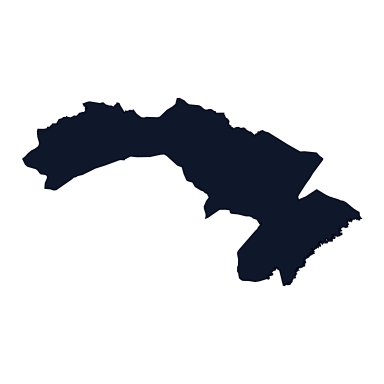 the district of Khong, Nakhon Ratchasima, Thailand
{"feature_id": "78962969B53698738904765", "entity_name": "Khong", "entity_type": "district", "adm_level": 2, "iso_a3": "THA", "parent_name": "Thailand", "parent_adm1": "Nakhon Ratchasima", "projection": "orthographic", "projection_center": [102.346, 15.409], "detail": "fine", "context": "isolated", "style": "filled", "palette": "ink", "viewbox_px": 384, "rotation_deg": 0, "n_neighbors": 0, "source": "geoboundaries", "source_scale": "gbopen_adm2", "svg_char_len": 6052}
<svg xmlns="http://www.w3.org/2000/svg" viewBox="0 0 384 384"><path d="M38.1,129.5L37.6,131.7L38.1,136.9L39.8,142.9L39.3,145.6L38.1,147.2L34.9,149.5L31.7,151.0L28.3,153.9L25.5,157.0L23.0,158.9L25.5,164.1L27.7,166.1L36.1,168.5L38.0,170.0L40.1,172.9L41.1,173.7L45.2,174.2L46.4,174.7L47.5,175.8L47.8,177.0L47.5,178.6L45.5,183.2L45.1,188.1L50.2,188.6L54.2,189.8L56.2,189.4L71.6,178.7L73.6,176.9L75.5,176.6L77.4,175.4L82.2,174.3L95.4,167.8L104.7,164.9L118.7,159.7L120.1,159.3L124.1,159.6L124.6,158.8L130.3,155.8L137.4,156.5L149.8,156.3L160.2,154.1L164.1,153.7L167.0,155.3L177.8,165.1L182.3,166.6L184.3,173.8L187.1,180.1L188.9,180.9L192.7,181.8L195.4,186.4L201.1,189.9L203.5,190.7L205.5,192.7L207.1,193.1L207.7,193.9L209.4,197.3L209.3,197.9L206.8,201.2L204.5,206.6L204.6,208.4L206.3,214.0L206.3,216.2L205.9,217.9L207.6,217.2L219.4,209.1L225.1,209.0L230.0,209.5L230.7,212.5L231.4,213.0L238.3,213.7L245.9,215.6L249.8,215.7L251.6,216.6L252.3,216.5L253.2,217.8L257.2,219.2L259.9,223.6L260.9,223.2L260.7,223.8L261.1,224.6L258.4,227.8L257.9,229.2L255.5,231.5L239.3,250.2L237.9,252.4L237.8,253.6L238.9,259.6L238.6,265.9L237.9,267.0L237.8,271.2L238.9,273.0L239.6,277.7L240.6,278.8L242.7,280.1L249.0,280.3L255.1,281.3L259.4,280.6L266.5,278.4L267.0,278.0L268.2,278.9L268.7,278.8L269.1,278.2L268.5,275.2L270.7,275.3L272.5,274.6L272.5,273.9L271.3,273.2L271.5,272.1L273.3,270.2L274.9,270.0L275.4,268.9L275.0,267.8L276.8,267.3L277.2,267.6L277.1,268.4L279.9,270.1L283.5,285.1L284.5,285.4L285.7,284.3L285.7,283.9L286.6,284.2L287.1,283.4L288.2,283.5L288.0,284.4L289.8,284.2L290.4,283.5L289.7,282.8L290.2,282.6L290.3,281.9L291.4,282.2L291.9,281.4L292.1,279.8L292.7,279.1L292.7,278.4L293.8,277.7L295.0,277.8L295.3,277.3L294.8,276.7L294.8,275.1L295.4,275.1L295.6,274.3L296.3,273.9L295.8,273.4L295.9,272.8L295.5,272.4L295.4,271.1L296.2,271.4L296.9,271.0L296.3,270.5L297.0,270.0L298.3,270.0L297.7,269.3L298.0,268.7L297.1,269.2L296.7,268.6L297.4,268.4L297.5,267.8L298.1,267.5L298.8,267.4L298.9,268.0L299.1,267.4L299.8,267.6L300.0,267.0L301.2,267.2L301.9,267.0L302.7,266.4L302.7,265.7L303.3,265.8L303.7,265.4L304.0,265.9L304.4,265.8L304.5,264.8L303.8,264.6L303.5,263.8L304.1,263.1L304.6,263.2L304.6,262.2L305.2,262.3L305.1,261.4L304.1,261.7L304.3,260.9L304.9,261.1L304.1,259.7L304.5,259.5L304.4,258.3L304.8,258.2L305.4,258.8L306.0,258.1L307.5,257.5L306.9,256.5L307.4,256.3L308.0,256.7L308.0,256.1L308.7,256.3L308.6,255.7L309.2,255.8L309.5,255.3L310.3,255.0L309.6,254.4L310.1,253.9L310.5,254.4L310.0,253.4L310.3,253.1L310.6,253.0L310.7,253.5L311.2,253.4L310.9,254.0L311.2,254.3L312.2,254.0L312.3,253.5L311.9,253.3L312.5,252.8L313.0,253.5L313.8,253.3L313.0,252.1L313.9,251.7L313.2,251.0L313.4,249.9L312.6,249.6L312.5,250.3L312.1,250.1L311.8,248.7L314.4,249.3L315.6,248.0L316.1,248.1L316.9,246.8L318.0,247.2L317.9,246.6L318.6,245.5L320.2,246.0L320.3,245.4L319.8,244.4L318.8,244.4L319.7,243.4L318.7,243.3L318.7,242.6L319.0,242.2L320.0,242.7L320.4,242.3L320.7,241.4L321.5,241.7L321.0,242.5L321.9,242.8L322.3,243.9L324.2,241.5L324.9,242.1L325.3,241.9L325.3,242.7L326.2,242.1L326.4,242.7L327.0,242.7L327.9,241.2L326.5,241.5L325.3,239.7L326.3,238.0L326.8,238.1L327.9,239.9L329.1,239.9L328.8,240.8L332.0,241.0L332.2,240.4L331.1,239.0L332.5,238.8L332.8,238.1L331.9,237.9L331.9,237.0L332.8,236.9L333.4,238.0L334.1,238.3L334.6,238.2L334.8,237.2L333.8,237.0L333.7,235.8L332.8,236.2L332.5,234.7L334.6,234.6L335.6,235.6L336.9,235.4L337.3,236.1L339.6,235.5L340.0,234.1L340.9,234.7L341.7,234.3L341.6,233.4L340.3,233.3L339.1,232.2L339.3,230.9L340.8,231.0L341.3,230.5L340.1,229.9L340.4,228.9L339.6,228.7L339.5,228.2L340.9,227.8L343.0,226.5L344.7,226.8L345.6,227.3L347.5,226.7L347.0,225.3L348.2,224.4L347.5,223.2L347.2,220.6L347.5,220.0L348.7,219.8L349.2,221.2L350.3,220.7L351.2,221.4L351.7,220.7L350.4,219.7L350.6,218.9L352.2,219.4L353.5,218.8L354.5,219.0L355.0,218.5L356.4,218.4L356.9,219.2L357.2,218.7L357.9,218.8L358.0,218.1L358.5,219.5L359.1,219.8L359.6,218.7L361.0,218.4L360.7,218.1L360.0,218.2L360.1,217.2L359.2,216.2L358.9,212.5L353.5,209.3L345.5,202.7L343.0,201.5L340.1,201.0L338.2,200.0L329.4,197.2L325.6,195.4L316.7,190.0L306.2,197.0L300.4,199.4L299.5,200.1L298.9,200.2L298.2,199.4L297.4,196.9L298.4,194.5L305.1,184.0L309.4,178.1L312.5,172.9L322.4,159.6L322.5,158.7L319.3,156.4L316.3,153.2L304.6,152.0L300.0,152.2L287.2,144.9L267.9,132.9L266.1,132.6L263.3,131.4L262.7,130.8L261.9,131.5L261.4,131.1L260.8,131.3L259.5,132.7L258.9,132.0L258.1,132.2L258.0,134.1L256.4,134.0L254.3,135.8L251.4,132.9L250.8,132.5L250.4,132.8L250.2,132.4L250.0,132.6L247.4,131.0L246.1,130.7L245.6,129.4L244.9,129.5L244.6,128.6L243.9,128.2L243.5,128.8L242.2,128.3L241.2,129.0L238.7,127.7L236.5,127.7L232.8,129.4L232.5,128.0L231.7,128.3L231.5,127.8L230.8,127.7L230.7,126.2L229.4,125.6L228.5,124.4L228.2,122.7L228.7,122.1L228.7,121.2L227.4,119.3L225.8,118.5L225.1,117.7L224.2,115.2L223.5,114.9L223.6,113.4L216.6,113.5L215.6,113.2L215.2,111.9L213.8,111.6L211.7,110.0L210.5,109.7L208.4,109.9L206.9,110.6L206.6,110.2L205.1,110.4L203.0,109.0L200.7,106.9L198.9,106.0L188.8,105.0L186.1,103.2L184.2,101.1L179.3,98.6L177.4,98.8L176.0,104.4L172.5,107.3L167.4,110.3L160.3,117.2L157.6,118.0L146.4,117.6L144.0,118.3L141.1,117.9L136.4,114.5L133.2,110.3L132.6,111.2L131.6,110.8L130.2,111.0L130.0,110.5L127.6,111.6L125.6,111.3L125.5,112.1L124.6,112.5L124.6,113.1L123.9,113.2L123.3,111.4L119.6,105.4L119.1,103.9L117.8,103.2L117.1,103.2L116.8,104.4L115.4,105.2L115.4,105.9L115.0,106.0L115.2,106.7L113.7,107.2L111.3,106.5L111.0,106.1L109.7,106.4L105.5,105.1L103.0,103.0L100.0,103.8L89.6,102.1L87.9,102.4L83.4,104.0L84.4,106.0L84.7,106.0L85.0,105.3L85.8,106.8L87.0,107.1L87.4,107.8L87.1,108.4L85.6,108.1L85.5,108.8L86.1,110.3L85.3,111.3L85.3,111.9L83.8,112.9L82.2,112.6L82.0,113.0L79.7,113.4L78.8,114.3L78.4,115.2L77.6,115.4L77.1,116.3L76.3,116.7L74.4,116.2L73.4,116.5L72.6,117.6L72.0,117.4L70.9,118.2L66.9,117.4L66.6,116.9L65.5,118.0L64.5,117.6L63.4,117.8L62.2,118.9L59.2,119.7L56.8,124.0L52.5,124.2L52.3,125.3L50.8,126.1L50.2,127.4L47.7,127.5L47.4,128.9L43.6,129.6L38.1,129.5Z" fill="#0f172a" stroke="#020617" stroke-width="1.5"/></svg>